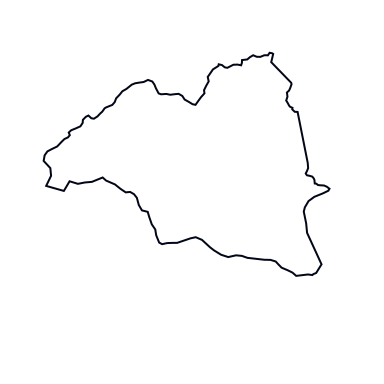 Selama, Perak, Malaysia, rotated 248°
{"feature_id": "92858781B87749635219289", "entity_name": "Selama", "entity_type": "district", "adm_level": 2, "iso_a3": "MYS", "parent_name": "Malaysia", "parent_adm1": "Perak", "projection": "albers", "projection_center": [100.834, 5.252], "detail": "fine", "context": "isolated", "style": "outline", "palette": "ink", "viewbox_px": 384, "rotation_deg": 248, "n_neighbors": 0, "source": "geoboundaries", "source_scale": "gbopen_adm2", "svg_char_len": 2248}
<svg xmlns="http://www.w3.org/2000/svg" viewBox="0 0 384 384"><g transform="rotate(248 192 192)"><path d="M252.3,59.1L251.4,60.2L241.0,73.6L245.1,79.0L247.8,82.5L242.3,89.3L241.0,96.1L238.9,103.0L238.9,114.6L234.8,116.6L227.9,123.4L221.7,126.9L216.5,130.4L215.2,134.7L211.7,137.4L207.3,138.7L199.9,137.8L193.7,138.7L190.2,143.5L185.0,143.0L177.1,142.6L171.0,143.9L165.3,142.6L157.4,142.6L154.8,144.8L154.1,149.0L153.9,150.0L151.8,155.7L150.4,159.2L150.0,166.2L149.6,173.2L148.7,178.5L143.9,183.3L133.8,188.1L129.4,190.7L122.9,195.5L118.1,201.2L116.8,209.1L114.1,214.3L110.2,218.7L107.6,223.5L101.9,234.0L99.7,239.3L96.2,243.6L92.7,244.9L88.3,246.7L83.5,251.5L79.6,255.0L75.2,257.2L72.1,268.6L69.9,272.5L70.4,273.7L70.4,276.8L76.4,285.0L111.0,283.4L120.2,286.1L132.0,288.3L135.5,290.9L139.9,296.6L141.7,303.6L141.7,312.8L142.1,318.9L142.3,319.1L143.5,320.7L146.5,318.9L148.6,316.8L150.0,313.8L151.2,311.5L153.2,310.3L153.9,309.0L157.2,310.0L158.9,310.0L161.2,309.3L162.7,307.4L164.5,304.8L166.6,304.4L168.3,306.4L170.6,308.6L175.6,310.2L226.7,319.9L227.9,317.3L231.1,315.9L232.4,316.7L234.2,314.9L235.7,314.4L238.6,314.1L241.5,313.6L244.6,316.2L248.7,317.3L249.7,320.0L251.6,322.0L254.7,324.7L256.1,324.9L282.7,314.1L289.6,319.0L290.6,318.3L292.0,316.1L290.3,313.6L291.7,310.2L291.7,306.0L293.1,302.7L295.9,299.9L295.3,296.2L294.2,292.9L295.6,287.8L293.1,286.7L291.1,285.0L293.1,281.9L294.5,278.0L294.2,274.7L293.9,271.3L295.3,269.1L298.4,267.4L300.4,264.6L299.0,263.7L297.8,257.3L294.8,252.8L292.8,249.7L288.3,248.9L285.2,245.0L281.9,241.3L278.8,240.5L276.6,236.0L274.0,231.8L271.5,227.9L273.2,225.4L276.6,222.9L280.5,219.8L284.7,219.0L288.0,216.4L289.2,212.5L290.3,208.3L292.5,205.0L294.2,199.9L295.9,198.0L301.8,197.4L305.7,197.4L309.3,196.6L312.4,193.2L312.1,188.4L313.2,184.0L314.1,180.0L314.1,176.4L312.1,169.7L311.5,165.2L309.3,161.3L307.3,156.8L304.3,154.0L302.6,150.7L302.6,143.9L302.3,142.3L300.1,138.9L299.2,136.4L297.5,132.7L296.7,128.5L298.1,126.3L301.7,124.6L301.5,121.8L299.8,117.9L297.0,116.5L294.7,113.1L294.5,107.8L294.5,103.1L293.3,100.0L290.5,100.0L289.1,97.5L288.9,93.6L287.5,90.2L284.7,84.0L284.3,77.9L283.8,73.1L281.2,69.1L276.4,66.1L267.2,69.6L259.8,67.4L252.3,59.1Z" fill="none" stroke="#020617" stroke-width="2"/></g></svg>